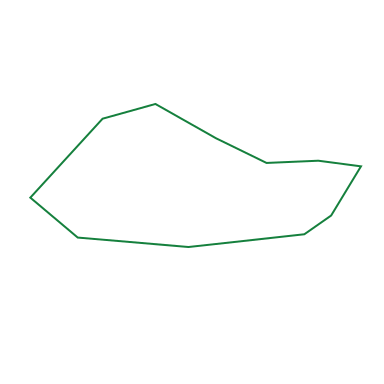 Sigave, Equal Earth projection, rotated 290°
{"feature_id": "WLF-4995", "entity_name": "Sigave", "entity_type": "state/province", "adm_level": 1, "iso_a3": "WLF", "parent_name": "Wallis and Futuna", "parent_adm1": "", "projection": "equal_earth", "projection_center": [-178.148, -14.273], "detail": "fine", "context": "isolated", "style": "outline", "palette": "green", "viewbox_px": 384, "rotation_deg": 290, "n_neighbors": 0, "source": "natural_earth", "source_scale": "10m", "svg_char_len": 308}
<svg xmlns="http://www.w3.org/2000/svg" viewBox="0 0 384 384"><g transform="rotate(290 192 192)"><path d="M273.9,342.0L217.5,330.8L190.7,312.0L139.1,207.5L110.1,100.2L131.4,42.0L230.3,82.9L262.2,127.5L250.7,196.2L244.8,252.1L264.6,300.0L273.9,342.0Z" fill="none" stroke="#15803d" stroke-width="2"/></g></svg>